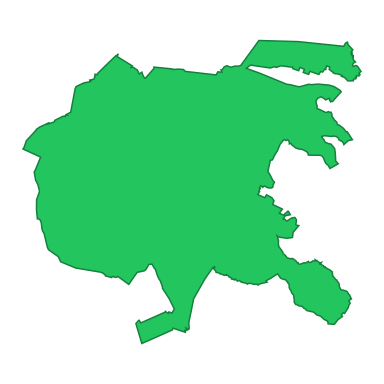 Guadalupe Victoria, Puebla, Mexico
{"feature_id": "50627088B92616914414309", "entity_name": "Guadalupe Victoria", "entity_type": "district", "adm_level": 2, "iso_a3": "MEX", "parent_name": "Mexico", "parent_adm1": "Puebla", "projection": "mercator", "projection_center": [-97.339, 19.307], "detail": "fine", "context": "isolated", "style": "filled", "palette": "green", "viewbox_px": 384, "rotation_deg": 0, "n_neighbors": 0, "source": "geoboundaries", "source_scale": "gbopen_adm2", "svg_char_len": 5937}
<svg xmlns="http://www.w3.org/2000/svg" viewBox="0 0 384 384"><path d="M352.8,49.8L347.8,44.4L347.7,42.4L347.4,42.1L345.5,43.1L343.7,46.3L298.1,41.6L258.9,40.5L240.7,65.5L239.0,66.1L234.8,66.1L230.8,67.3L226.8,65.7L224.3,66.8L221.9,70.0L221.0,69.9L221.9,72.3L217.9,71.8L216.1,74.9L185.4,71.4L183.4,69.5L178.2,69.1L173.2,69.5L173.2,69.2L171.1,68.8L153.9,67.1L154.0,68.4L145.3,78.3L144.4,77.8L143.2,76.0L141.9,72.2L139.3,74.0L137.1,69.7L135.2,68.8L133.9,67.6L132.7,67.3L131.0,67.5L132.3,65.9L117.1,56.5L118.4,53.8L116.3,55.9L115.9,55.7L105.8,65.4L97.6,73.5L97.2,74.7L95.1,74.2L94.8,76.0L95.2,76.6L94.5,77.3L94.0,79.1L89.7,80.1L89.9,80.7L91.4,80.4L90.2,81.7L84.1,82.8L76.2,86.5L75.2,88.4L70.7,112.2L66.6,114.4L67.1,115.1L65.8,114.9L65.7,115.7L65.2,115.7L65.0,116.5L63.1,116.2L54.7,120.4L54.4,121.8L46.9,124.4L49.5,122.5L39.8,127.0L36.3,129.4L36.4,129.8L26.3,140.8L24.2,147.1L23.0,149.0L40.6,157.1L35.4,169.9L34.2,171.9L35.6,180.2L37.8,184.4L39.4,190.6L39.3,192.1L36.6,199.6L36.5,210.2L37.4,218.9L39.2,219.1L40.1,219.9L41.3,222.9L41.9,228.6L42.5,230.8L44.1,233.6L47.4,247.3L48.5,249.7L58.3,256.7L60.7,261.8L75.6,268.0L100.7,272.2L103.4,273.3L104.2,274.3L105.3,274.9L105.4,275.9L111.7,277.6L112.2,276.7L113.5,276.5L114.4,277.1L116.4,277.3L117.8,276.4L128.8,284.4L137.1,272.4L144.4,270.8L145.9,269.6L148.9,264.4L152.1,264.2L154.1,268.0L155.3,269.3L157.7,276.3L158.9,278.9L160.2,280.7L162.3,286.3L162.5,288.4L169.1,298.5L174.3,309.0L171.9,313.1L168.9,311.9L168.2,313.5L165.4,311.4L165.2,312.1L140.8,322.9L139.2,320.3L138.7,320.3L135.9,323.6L141.8,343.5L172.3,330.0L173.0,328.2L185.4,332.3L185.6,331.8L184.7,330.8L184.9,330.2L186.9,330.2L186.0,328.0L188.7,329.5L189.2,328.1L188.8,323.2L189.0,321.7L193.7,298.7L204.7,279.3L212.7,267.8L214.5,266.6L214.9,267.3L213.6,268.7L215.8,271.2L216.1,272.4L218.5,272.8L219.8,273.4L219.9,273.9L221.3,274.0L224.2,275.4L225.2,275.1L226.2,275.4L226.7,274.6L229.2,276.5L229.0,276.8L231.9,278.4L231.6,279.0L234.8,279.9L235.2,279.0L237.4,281.1L239.1,280.6L240.6,281.3L241.1,282.1L242.0,282.0L243.2,282.8L245.2,282.8L247.4,284.1L248.0,283.5L250.9,283.4L253.7,284.3L257.3,284.3L258.0,285.1L260.0,283.8L267.1,282.2L266.1,280.7L270.4,278.5L277.6,273.9L280.6,278.2L283.8,279.5L285.4,279.6L286.8,281.4L287.5,281.6L287.7,282.7L289.1,284.4L289.2,287.6L289.8,289.1L291.1,290.8L291.5,292.6L293.6,295.2L294.4,301.3L294.1,301.8L294.8,303.3L295.8,304.5L296.7,304.5L298.9,305.9L302.2,306.3L303.5,308.0L305.0,308.7L306.6,310.5L313.8,312.2L316.7,314.9L320.5,316.1L324.1,319.4L327.3,321.0L327.9,322.1L328.1,323.9L334.4,324.3L338.0,319.6L342.4,316.5L341.5,314.7L343.4,312.7L344.6,313.4L348.2,307.7L349.1,304.7L350.1,303.3L350.0,302.6L348.8,301.0L350.7,299.2L351.4,299.0L349.7,295.2L348.4,293.8L347.4,291.9L346.4,291.1L343.2,290.1L341.5,290.1L340.8,289.5L339.2,286.2L339.2,284.1L338.6,282.8L337.1,281.1L336.9,280.2L335.7,279.5L332.7,275.7L332.3,271.9L329.1,269.4L328.2,269.2L326.5,268.0L325.5,267.8L325.2,266.8L323.7,266.8L323.6,265.9L320.7,264.2L320.0,264.3L319.5,263.1L320.1,263.4L321.1,263.1L321.5,262.4L320.0,262.9L317.3,261.2L317.0,260.5L316.3,260.6L315.1,259.7L315.2,261.0L312.7,260.9L311.5,262.0L310.0,262.5L308.8,262.3L308.3,261.4L305.4,263.1L304.1,262.7L300.2,264.2L299.1,264.2L298.4,263.8L298.2,262.7L297.3,262.8L295.8,260.7L293.2,258.9L292.6,258.5L290.0,258.7L287.2,257.8L285.2,255.2L283.3,253.9L282.5,251.6L278.5,246.1L278.7,245.0L278.3,243.2L278.6,241.0L277.1,235.8L278.4,236.8L280.0,237.3L287.0,238.3L292.5,237.5L293.1,232.4L298.8,225.6L296.2,225.1L295.8,224.6L296.4,221.1L296.3,219.5L294.8,217.4L291.4,218.1L286.9,221.1L284.2,218.8L283.7,219.3L283.2,219.0L285.2,215.8L290.4,214.7L288.3,211.2L287.7,211.2L286.2,212.9L285.3,213.2L283.8,215.2L279.4,213.2L282.4,209.1L272.6,204.4L273.8,201.7L273.5,201.5L273.9,200.7L271.8,197.6L266.5,194.8L264.9,197.7L257.8,194.6L259.5,191.7L258.8,191.3L260.3,188.4L259.4,188.0L260.7,185.7L261.8,186.7L262.4,186.6L262.8,187.3L264.0,186.1L264.6,186.0L267.3,187.6L269.3,188.0L271.4,188.0L272.8,187.3L273.0,185.4L274.5,182.1L273.0,180.7L270.0,174.7L267.9,171.5L270.3,160.4L272.4,159.9L275.2,154.2L277.4,150.9L280.1,144.3L283.9,139.6L286.1,140.6L287.4,139.6L287.9,139.9L289.3,141.7L289.3,143.9L291.0,143.5L292.0,145.0L295.6,147.9L298.7,149.0L302.2,149.4L306.5,151.5L307.9,153.1L308.4,155.1L320.3,155.3L322.1,156.0L324.0,158.7L324.0,159.5L325.3,162.3L326.1,163.6L328.4,165.7L329.9,168.5L338.2,163.8L335.7,161.0L335.3,153.2L334.7,148.8L334.2,148.0L331.0,144.1L328.4,143.6L325.0,142.1L324.1,139.9L322.4,138.0L321.7,136.5L324.4,135.7L331.2,136.4L333.8,136.1L336.3,136.5L338.2,137.9L339.1,140.0L342.0,141.4L343.3,142.9L343.9,144.6L348.3,140.6L352.4,139.7L347.2,131.7L346.2,131.8L343.6,128.5L341.8,127.0L339.3,125.2L337.9,124.8L337.1,123.8L336.8,122.2L334.4,119.9L333.2,118.0L332.7,117.9L332.6,117.1L331.9,116.4L331.9,114.0L330.9,112.1L329.7,112.4L328.4,111.6L326.7,112.4L325.5,112.4L319.0,109.2L317.2,108.7L316.9,107.1L317.2,105.9L316.4,104.0L316.0,101.4L316.2,100.5L317.8,98.2L320.5,97.0L321.5,97.0L323.8,98.3L325.6,99.9L329.0,98.3L329.9,99.0L329.5,99.8L330.7,101.9L331.6,101.3L332.5,101.5L341.2,91.7L339.9,90.2L334.1,86.6L329.1,85.1L318.2,84.1L311.6,84.6L308.4,84.3L300.7,86.5L298.3,86.7L290.8,84.8L286.6,84.2L260.5,73.5L246.3,68.3L250.5,65.1L270.2,68.0L274.4,66.7L276.2,67.4L281.1,65.8L292.7,67.3L292.9,68.7L298.7,70.7L299.9,67.4L304.4,69.3L303.2,72.4L308.6,74.4L309.9,71.3L318.9,74.5L320.6,71.5L322.6,72.1L324.8,69.0L325.7,69.5L326.6,65.9L329.7,67.0L329.2,69.5L333.1,72.3L333.0,72.7L334.8,73.6L337.9,74.0L342.0,75.4L341.5,76.3L344.6,77.5L347.8,80.9L353.4,80.8L353.2,79.9L355.0,78.3L355.7,78.9L356.0,78.6L355.7,77.5L356.5,77.3L356.4,75.7L358.8,75.9L358.7,75.5L360.0,74.7L358.9,73.2L361.0,71.5L357.6,66.4L356.0,65.5L353.1,66.4L352.5,65.1L353.0,63.9L354.2,62.6L355.5,62.0L353.5,60.0L352.6,57.2L353.2,57.4L353.3,55.5L351.6,55.0L351.5,54.8L352.1,55.0L352.2,54.1L351.7,53.9L352.0,53.1L350.7,52.8L351.8,52.7L352.0,52.1L351.3,51.8L352.8,49.8Z" fill="#22c55e" stroke="#15803d" stroke-width="1.5"/></svg>